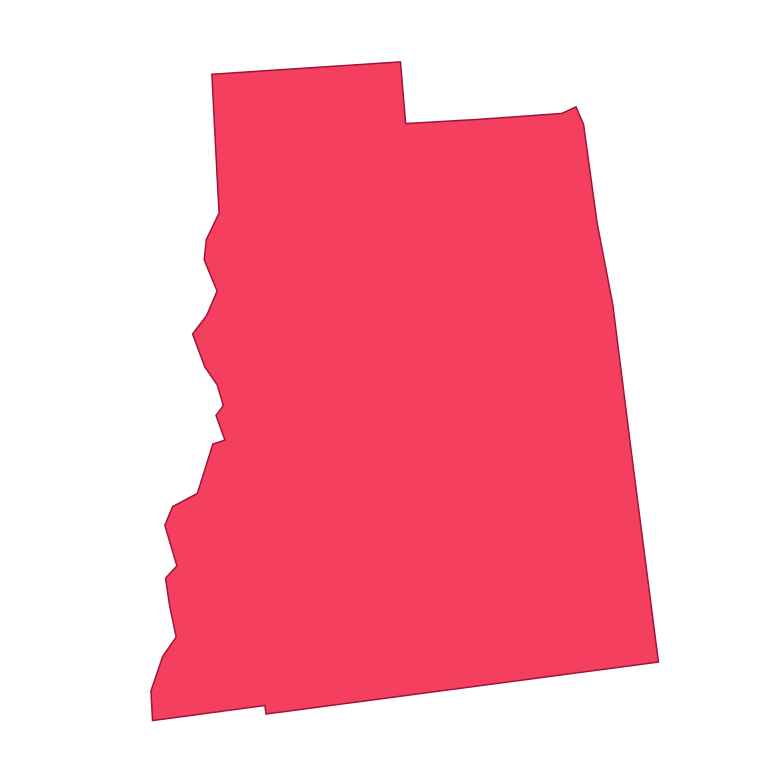 Chenango, New York, United States of America, rotated 176°
{"feature_id": "52423323B14203500513931", "entity_name": "Chenango", "entity_type": "district", "adm_level": 2, "iso_a3": "USA", "parent_name": "United States of America", "parent_adm1": "New York", "projection": "albers", "projection_center": [-75.501, 42.47], "detail": "fine", "context": "isolated", "style": "filled", "palette": "rose", "viewbox_px": 768, "rotation_deg": 176, "n_neighbors": 0, "source": "geoboundaries", "source_scale": "gbopen_adm2", "svg_char_len": 622}
<svg xmlns="http://www.w3.org/2000/svg" viewBox="0 0 768 768"><g transform="rotate(176 384 384)"><path d="M150.2,447.0L160.1,529.1L166.8,629.0L173.1,647.0L187.9,641.5L271.7,641.4L344.2,642.3L345.1,704.2L477.7,704.8L534.1,705.0L536.0,603.9L536.6,566.0L551.2,540.4L554.7,520.3L544.0,488.3L556.1,464.8L571.5,447.2L561.5,413.4L550.4,394.7L545.8,373.6L553.8,364.4L546.6,339.1L558.9,336.1L577.8,287.9L603.4,276.5L612.5,258.4L603.3,217.0L615.5,205.5L613.4,178.3L609.0,146.0L623.7,127.8L637.9,94.1L638.4,64.4L525.3,71.6L524.7,63.0L129.6,87.5L142.0,298.8L150.2,447.0Z" fill="#f43f5e" stroke="#9f1239" stroke-width="1.5"/></g></svg>